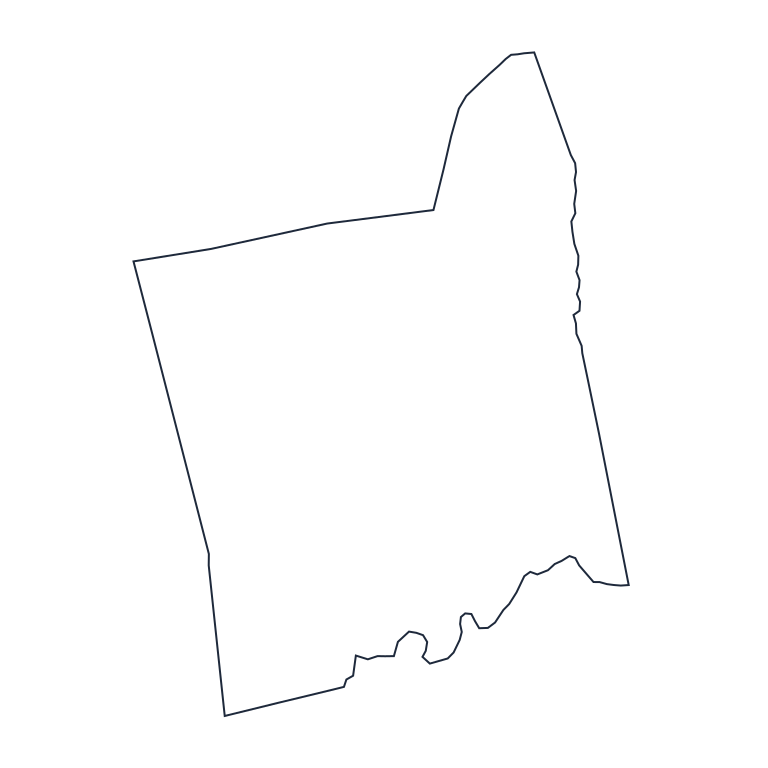 Boa Vista, Paraíba, Brazil, rotated 344°
{"feature_id": "56859067B8000436166889", "entity_name": "Boa Vista", "entity_type": "district", "adm_level": 2, "iso_a3": "BRA", "parent_name": "Brazil", "parent_adm1": "Paraíba", "projection": "equal_earth", "projection_center": [-36.175, -7.261], "detail": "fine", "context": "isolated", "style": "outline", "palette": "slate", "viewbox_px": 768, "rotation_deg": 344, "n_neighbors": 0, "source": "geoboundaries", "source_scale": "gbopen_adm2", "svg_char_len": 1318}
<svg xmlns="http://www.w3.org/2000/svg" viewBox="0 0 768 768"><g transform="rotate(344 384 384)"><path d="M619.8,106.7L609.8,104.7L603.3,103.9L596.9,102.6L590.6,105.1L583.1,109.1L577.9,111.6L571.0,114.9L559.3,120.9L542.5,129.8L537.6,134.4L531.9,139.9L516.8,164.4L500.5,193.9L479.5,230.4L373.6,214.1L255.2,206.5L177.0,197.1L175.1,271.3L168.8,499.1L165.5,510.1L139.4,659.2L194.2,661.3L253.4,663.8L262.0,664.1L266.4,657.7L273.9,655.9L282.1,637.3L292.6,644.2L302.8,643.8L310.0,646.0L318.5,648.3L326.3,635.7L339.8,628.9L346.5,632.1L352.3,636.2L354.4,643.9L350.6,652.0L345.8,656.9L351.0,665.4L369.6,665.4L376.9,661.3L386.2,650.9L390.4,643.8L391.0,635.7L393.7,629.2L398.8,626.9L404.6,629.2L406.1,637.0L408.2,645.0L416.6,647.1L425.0,643.9L436.5,634.1L443.7,630.0L453.9,620.9L465.9,607.4L472.8,604.9L478.9,609.3L490.3,608.2L498.5,604.1L506.0,603.0L514.8,600.5L519.9,604.1L521.6,612.2L530.8,632.1L536.6,633.8L543.1,637.8L549.6,640.6L556.0,643.0L563.8,644.7L577.0,491.0L581.2,435.1L583.1,409.1L584.5,401.8L582.8,388.8L585.2,378.7L585.2,369.9L592.1,367.5L595.2,358.8L594.2,350.8L598.1,344.8L600.6,338.1L599.9,329.0L603.5,322.8L606.2,314.3L605.6,301.8L607.1,289.6L608.9,279.4L615.0,272.6L616.5,263.3L621.9,251.4L623.4,240.5L627.0,233.2L628.6,224.4L626.7,215.4L619.8,106.7Z" fill="none" stroke="#1e293b" stroke-width="2"/></g></svg>